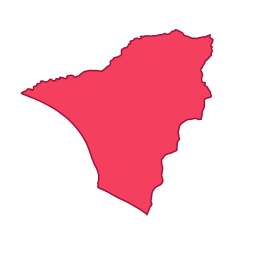 the district of Tilomar, Cova Lima, East Timor, rotated 80°
{"feature_id": "22284137B39285760424005", "entity_name": "Tilomar", "entity_type": "district", "adm_level": 2, "iso_a3": "TLS", "parent_name": "East Timor", "parent_adm1": "Cova Lima", "projection": "equal_earth", "projection_center": [125.135, -9.378], "detail": "fine", "context": "isolated", "style": "filled", "palette": "rose", "viewbox_px": 256, "rotation_deg": 80, "n_neighbors": 0, "source": "geoboundaries", "source_scale": "gbopen_adm2", "svg_char_len": 5633}
<svg xmlns="http://www.w3.org/2000/svg" viewBox="0 0 256 256"><g transform="rotate(80 128 128)"><path d="M39.5,64.2L39.9,64.3L40.1,64.5L40.3,65.0L40.5,66.3L40.5,67.5L40.8,68.4L41.1,68.8L41.7,69.4L42.0,69.9L42.6,71.6L42.6,72.1L42.3,73.8L41.4,75.0L41.3,75.3L41.4,76.3L41.6,76.8L41.9,77.2L42.0,77.6L41.8,80.9L41.8,82.1L41.9,84.5L42.1,85.4L41.8,85.8L41.5,86.5L41.5,87.3L41.8,88.2L40.5,93.6L40.5,94.6L40.4,95.6L40.5,96.4L40.5,97.5L40.4,98.0L40.2,98.5L40.1,99.0L40.1,99.7L41.4,99.1L41.8,99.4L42.2,100.5L42.2,101.2L41.2,103.3L41.1,104.3L41.2,106.1L42.4,107.2L42.6,107.6L42.8,108.0L42.9,108.7L42.7,110.0L43.1,110.7L43.4,110.9L43.9,111.0L44.9,110.7L45.2,110.7L45.3,110.9L45.5,112.6L46.9,113.4L47.1,113.6L47.3,114.0L48.3,115.0L48.5,115.6L48.5,116.8L48.5,117.4L48.6,118.0L48.9,118.4L49.3,119.8L49.6,120.3L50.5,121.0L51.3,121.3L52.9,121.3L54.3,121.6L54.8,121.9L55.1,122.3L55.7,124.0L55.7,124.3L56.1,125.3L56.3,126.7L56.3,128.3L56.4,128.8L56.5,129.4L56.8,130.0L57.8,130.7L58.2,131.4L58.7,133.0L59.1,133.6L59.8,134.0L60.1,134.1L61.0,134.1L61.8,134.2L62.7,134.8L63.1,135.2L63.2,135.5L63.3,136.0L63.6,136.2L64.1,138.2L64.5,138.8L65.6,140.0L65.8,140.6L66.6,141.9L66.7,142.1L67.2,143.1L67.3,144.7L66.9,146.7L66.4,147.7L66.2,148.0L65.9,149.6L65.6,150.3L65.6,151.7L65.4,152.7L65.2,153.1L64.8,154.8L64.7,157.1L64.8,159.1L64.9,160.1L64.9,161.2L65.0,161.8L65.3,162.2L65.7,163.0L66.0,163.5L66.3,164.2L66.4,164.4L66.6,164.9L66.9,165.7L67.6,166.5L67.9,167.0L68.3,168.1L68.3,168.7L68.7,170.2L68.8,171.2L68.5,171.8L67.9,172.4L67.1,172.9L66.7,173.6L66.1,175.1L66.1,175.4L66.1,176.4L66.3,178.5L66.4,178.9L66.6,179.2L66.8,179.3L68.2,179.4L68.4,179.5L68.6,180.3L68.0,182.2L67.2,183.4L66.3,185.8L66.4,186.5L66.9,186.6L68.1,186.5L68.2,186.8L68.2,187.1L67.8,187.8L67.3,188.5L67.1,189.8L67.1,190.2L67.5,190.7L68.5,190.8L68.7,191.1L68.8,191.6L68.6,192.8L68.6,193.4L68.5,193.8L67.5,194.6L66.9,195.1L66.6,195.5L66.6,195.8L66.8,196.7L68.0,198.3L68.1,198.9L68.3,199.2L68.4,200.3L68.4,200.9L68.3,201.7L68.1,202.2L67.5,203.0L67.2,203.4L66.7,204.6L66.7,204.9L66.9,205.9L68.0,205.9L68.4,206.4L68.6,207.0L68.7,207.8L68.7,209.5L68.8,209.8L69.3,210.2L69.7,210.3L70.4,210.5L70.7,211.3L70.7,211.8L70.8,213.0L71.0,213.8L72.5,214.2L73.3,214.6L73.8,215.0L74.1,215.4L74.2,215.6L74.2,216.2L74.0,216.4L73.3,216.3L73.1,216.6L72.9,216.9L72.6,218.4L72.1,219.7L72.2,220.2L73.0,220.8L73.4,221.9L73.8,222.3L74.0,222.8L74.0,223.7L74.4,225.5L74.7,226.3L75.1,226.6L75.5,226.7L75.6,226.8L75.7,226.7L76.5,225.4L77.5,223.7L80.0,219.7L80.5,219.0L82.0,216.3L83.2,214.4L83.8,213.8L84.7,212.2L88.3,207.0L89.1,206.1L92.0,202.3L92.6,201.6L95.0,198.7L97.1,196.4L97.9,195.4L100.0,193.3L104.1,189.5L106.2,187.6L108.5,185.7L112.5,182.8L114.1,181.8L114.9,181.2L116.2,180.5L117.7,179.5L120.3,178.0L122.6,176.8L125.1,175.6L126.5,174.9L128.5,174.1L131.3,173.1L132.1,172.8L135.6,171.6L138.9,170.8L140.6,170.5L142.7,170.1L147.4,169.3L150.2,169.0L151.5,168.8L152.2,168.5L154.0,168.2L157.4,167.5L161.4,166.2L164.3,165.5L167.2,165.1L168.7,165.0L172.6,165.6L173.8,166.1L174.9,166.2L176.0,166.6L176.6,167.1L177.3,167.3L178.2,167.2L179.2,167.3L179.7,167.5L180.3,168.1L181.5,167.5L182.1,167.0L183.8,164.2L186.7,160.2L187.6,159.0L188.0,158.3L190.8,155.1L194.0,151.1L194.8,150.0L196.4,147.8L197.5,146.3L198.0,145.6L199.6,143.2L201.1,141.1L204.2,137.4L207.1,134.0L209.8,130.8L211.1,129.3L213.9,126.6L215.3,125.1L216.5,124.4L211.1,120.8L210.5,120.6L209.4,120.0L208.3,118.4L207.6,117.9L207.0,117.8L206.1,117.8L204.8,118.1L204.2,118.2L202.7,117.8L200.3,116.9L197.5,116.1L196.2,115.7L194.8,114.9L192.5,112.8L191.5,111.5L190.8,110.4L190.2,108.5L189.9,107.2L189.7,106.4L189.4,105.8L188.5,104.5L187.3,103.4L186.9,103.1L185.6,102.8L181.1,103.1L178.9,102.8L177.7,102.2L176.3,101.7L175.4,101.5L174.3,101.0L172.2,100.8L170.3,101.0L168.8,101.1L166.1,100.7L165.2,100.4L164.3,99.8L163.5,98.7L161.9,97.0L161.4,96.4L161.0,95.6L160.7,94.7L160.4,93.2L160.3,91.7L160.0,89.6L159.8,88.7L159.5,87.9L158.8,84.7L158.5,84.0L158.1,83.7L154.7,83.0L152.0,82.2L150.8,82.0L150.2,81.7L149.6,81.1L148.8,80.3L148.3,79.6L147.6,79.2L147.1,79.2L146.2,79.5L145.3,79.6L143.9,79.3L141.1,79.3L140.7,79.4L140.2,79.4L139.5,78.9L138.0,78.1L135.3,77.1L134.5,76.4L133.7,75.7L132.9,74.5L132.2,73.0L130.7,69.9L130.1,68.2L130.1,67.5L130.1,66.2L130.3,64.8L130.3,62.9L130.2,61.2L130.3,59.9L130.5,59.0L131.5,57.8L131.7,57.4L131.9,56.1L132.0,55.1L132.0,54.3L131.1,54.1L130.3,53.8L128.7,53.1L128.1,52.7L126.9,52.5L126.0,52.6L125.5,52.2L124.6,51.8L123.8,51.5L121.5,49.8L120.7,49.4L119.7,49.1L117.6,48.5L113.9,48.0L113.1,47.6L112.6,46.6L112.4,45.9L112.2,45.3L112.1,42.8L112.0,41.9L111.6,40.9L111.2,40.5L106.5,40.8L104.1,42.0L102.8,42.3L101.5,42.9L100.8,43.3L99.8,44.9L99.2,45.3L98.8,45.3L98.5,44.9L98.2,44.5L97.6,44.2L97.2,44.1L96.7,44.3L96.4,44.8L96.3,45.6L96.1,46.4L95.9,46.8L95.0,47.2L91.7,46.9L91.1,46.7L89.5,45.6L88.8,45.4L87.8,45.4L85.9,45.7L84.9,46.1L83.8,46.5L82.7,46.1L81.5,44.6L80.2,43.9L79.7,43.4L77.8,41.5L75.4,40.1L75.1,39.8L75.0,39.3L74.4,38.0L73.4,36.8L73.1,36.2L72.7,35.9L72.2,35.7L71.9,35.3L71.6,34.5L71.3,33.7L71.1,33.4L70.8,33.3L69.9,33.2L69.4,33.3L68.8,33.1L67.7,32.1L67.1,31.7L66.6,31.7L64.6,32.0L64.1,32.0L62.9,31.1L62.6,31.1L62.4,31.5L62.2,31.9L61.8,32.2L61.2,32.1L59.9,31.4L57.9,29.8L57.5,29.5L57.1,29.5L56.7,29.6L55.6,29.2L55.3,29.2L53.9,31.0L53.4,31.3L52.8,31.4L52.1,31.5L50.6,30.9L50.6,31.6L50.9,32.4L51.1,34.2L51.4,34.8L51.6,35.5L51.6,36.1L51.5,37.1L51.4,39.6L51.6,44.5L51.9,45.3L51.3,46.4L51.0,47.1L51.1,48.5L50.7,49.4L49.3,51.7L48.7,52.3L48.2,53.0L47.3,55.4L46.7,56.3L46.0,56.9L45.2,57.3L43.9,57.7L43.6,58.1L43.1,58.8L42.7,59.3L42.3,59.5L41.7,60.8L41.5,61.0L40.9,61.5L40.5,61.9L39.5,64.2Z" fill="#f43f5e" stroke="#9f1239" stroke-width="1.5"/></g></svg>